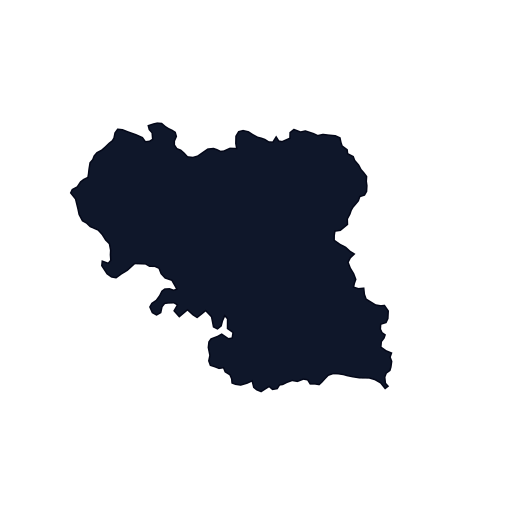 Fartura, São Paulo, Brazil, rotated 328°
{"feature_id": "56859067B5459556715970", "entity_name": "Fartura", "entity_type": "district", "adm_level": 2, "iso_a3": "BRA", "parent_name": "Brazil", "parent_adm1": "São Paulo", "projection": "robinson", "projection_center": [-49.525, -23.4], "detail": "fine", "context": "isolated", "style": "filled", "palette": "ink", "viewbox_px": 512, "rotation_deg": 328, "n_neighbors": 0, "source": "geoboundaries", "source_scale": "gbopen_adm2", "svg_char_len": 3254}
<svg xmlns="http://www.w3.org/2000/svg" viewBox="0 0 512 512"><g transform="rotate(328 256 256)"><path d="M199.3,377.9L203.7,379.7L207.6,377.8L210.6,379.1L215.2,379.5L220.7,380.7L224.7,384.3L231.0,385.5L234.2,388.4L234.2,393.2L238.2,395.7L241.4,398.5L245.0,397.8L249.2,396.6L254.0,395.4L258.9,396.5L263.2,399.3L267.4,402.9L269.9,405.7L273.9,409.5L279.2,414.1L283.7,417.0L287.4,419.4L291.4,423.9L294.5,429.7L295.3,436.8L299.0,436.4L298.3,432.5L301.0,426.9L304.4,424.3L308.9,424.0L311.5,421.7L315.2,417.3L316.1,412.8L319.5,410.1L315.9,405.1L313.6,399.4L316.9,395.0L321.1,393.4L323.7,391.3L322.2,387.8L322.7,383.9L325.6,379.9L331.0,381.3L334.7,378.9L339.0,372.7L338.7,366.0L335.4,364.4L331.4,360.8L328.3,354.5L326.5,350.9L327.6,345.9L330.3,340.4L325.5,338.0L322.2,334.1L324.9,331.3L328.2,328.7L329.4,322.8L329.5,316.2L330.7,310.1L335.0,307.5L340.4,306.4L338.1,301.7L336.6,296.1L333.3,290.6L330.6,284.1L333.3,279.9L336.1,276.7L341.1,278.9L350.3,277.7L353.1,272.9L357.8,270.2L361.0,267.6L364.0,266.0L368.4,264.6L372.0,263.4L375.5,260.6L380.3,261.8L384.0,259.8L387.3,255.1L389.1,251.1L391.9,247.2L391.5,242.6L390.8,238.3L391.2,233.3L390.3,227.2L391.1,223.2L387.9,217.8L389.6,214.2L387.3,208.3L388.2,204.7L389.8,200.3L387.0,196.1L381.4,191.8L377.2,188.4L372.1,186.6L369.6,182.7L364.1,176.1L359.5,174.5L355.2,168.8L350.3,169.4L347.2,174.1L338.8,172.9L336.2,170.6L336.2,165.7L330.6,168.4L327.2,166.0L325.2,161.8L322.9,158.9L320.2,156.1L317.4,151.1L315.4,146.7L311.5,142.8L307.2,141.4L302.5,143.8L298.5,149.9L296.6,154.7L291.0,150.9L284.3,150.0L281.3,148.5L279.1,145.0L276.9,142.3L271.8,139.8L267.4,140.0L259.5,140.4L254.7,139.0L250.4,135.6L249.5,130.7L248.2,126.3L245.7,123.0L245.6,118.5L247.7,115.2L251.8,112.4L253.0,108.3L251.4,104.9L249.2,101.5L247.6,98.1L246.2,93.6L242.7,91.0L239.3,89.8L233.7,88.4L232.5,92.2L233.2,96.5L230.2,102.3L226.5,102.3L222.7,100.5L222.4,95.4L218.4,89.5L213.0,82.7L209.7,78.2L205.9,75.2L201.7,76.9L198.1,80.7L195.2,82.2L191.3,82.6L186.2,83.7L181.2,84.5L175.9,84.1L171.8,85.4L168.6,87.8L164.7,89.0L160.5,93.8L157.5,97.6L155.1,100.3L150.4,99.8L146.5,100.2L141.0,102.7L135.4,102.3L132.3,104.3L133.2,112.0L130.0,121.7L128.0,127.1L127.5,134.2L129.8,138.3L131.0,143.2L135.9,150.3L137.0,156.3L137.0,162.8L138.2,167.9L135.8,174.1L133.2,177.8L130.6,182.7L126.8,183.9L122.9,178.9L120.1,182.5L120.3,192.2L122.4,197.2L125.8,200.3L132.2,199.8L139.3,199.9L149.1,198.1L154.2,201.5L158.2,204.2L160.3,208.3L164.7,211.1L167.3,215.0L166.2,220.7L167.3,226.5L171.8,232.0L171.4,242.2L168.0,241.5L165.3,238.0L161.1,235.7L157.6,236.0L153.4,238.6L148.0,240.8L142.6,241.0L139.0,243.0L138.1,249.1L140.4,253.3L145.2,253.5L149.4,249.2L153.4,247.8L156.5,249.2L161.7,252.2L163.5,255.9L157.5,259.1L158.8,266.8L169.4,265.3L171.4,272.5L173.5,276.9L179.1,276.3L184.4,275.6L186.1,284.0L182.4,293.6L184.7,297.4L189.4,296.8L193.2,293.2L197.9,290.0L198.6,294.2L193.4,302.4L196.0,308.7L192.3,313.0L188.7,311.5L185.5,304.1L180.9,303.9L173.9,302.5L170.6,303.9L167.1,308.3L164.3,315.8L160.4,319.9L159.4,324.5L162.6,328.3L165.1,331.7L169.3,333.5L168.5,337.9L171.0,343.0L170.3,347.3L168.4,351.0L170.6,353.9L174.6,357.3L181.0,359.1L186.6,359.8L184.5,366.2L185.7,369.8L188.5,373.7L193.9,373.6L198.0,373.6L199.3,377.9Z" fill="#0f172a" stroke="#020617" stroke-width="1.5"/></g></svg>